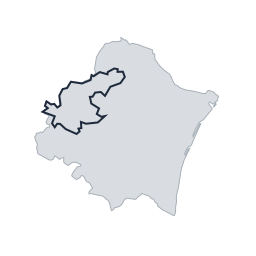 Savanes highlighted on a map of Ivory Coast, rotated 300°
{"feature_id": "CIV-3431", "entity_name": "Savanes", "entity_type": "Department", "adm_level": 1, "iso_a3": "CIV", "parent_name": "Ivory Coast", "parent_adm1": "", "projection": "albers", "projection_center": [-5.464, 9.628], "detail": "coarse", "context": "in_parent", "style": "outline", "palette": "slate", "viewbox_px": 256, "rotation_deg": 300, "n_neighbors": 0, "source": "natural_earth", "source_scale": "10m", "svg_char_len": 4032}
<svg xmlns="http://www.w3.org/2000/svg" viewBox="0 0 256 256"><g transform="rotate(300 128 128)"><path d="M64.9,58.7L65.7,58.6L67.7,58.1L69.5,56.7L71.2,54.0L73.5,51.7L76.1,51.9L76.9,51.5L77.8,51.4L78.8,52.9L79.9,54.0L80.7,54.1L81.2,56.2L85.9,57.1L87.9,57.7L89.6,59.3L90.2,59.3L90.9,59.0L91.5,58.5L91.6,57.9L90.9,56.5L91.2,55.2L92.0,54.1L93.2,54.0L95.0,53.7L97.1,53.7L98.7,53.9L99.3,52.8L98.7,49.6L98.9,47.9L99.1,46.4L99.7,45.8L102.0,47.7L104.1,48.3L105.7,48.4L106.1,48.0L105.4,46.0L105.6,45.4L106.2,45.1L107.2,44.9L109.9,44.1L110.2,44.2L110.7,47.4L110.4,48.4L111.0,50.6L111.7,52.6L111.7,53.4L111.1,54.7L110.4,55.8L110.5,56.3L111.5,57.0L113.6,57.8L115.8,58.0L116.9,56.9L118.2,55.9L119.1,55.1L119.4,53.8L120.7,52.9L124.6,51.8L128.2,51.6L129.0,51.9L130.6,53.7L132.7,54.9L135.8,54.7L138.1,55.5L140.0,56.8L141.4,59.8L142.8,62.0L143.4,65.0L145.7,66.6L147.5,67.4L149.9,69.6L152.4,70.7L155.0,70.5L156.2,71.6L158.1,72.4L160.0,72.5L161.7,69.9L163.9,68.9L169.6,66.8L171.8,65.9L174.1,65.3L179.5,65.1L184.6,65.7L187.1,66.1L188.8,65.8L190.5,67.0L192.2,69.5L193.6,70.3L195.0,71.2L196.0,73.2L197.3,75.2L198.0,76.1L199.5,78.1L200.8,78.1L202.1,77.2L202.6,76.6L202.9,77.9L202.4,80.0L202.5,81.3L203.2,81.8L202.9,83.5L201.4,86.4L201.4,88.1L202.9,88.6L204.0,90.4L204.6,93.5L205.3,94.5L205.3,95.2L206.5,102.6L207.9,110.1L207.0,111.1L205.9,111.4L205.1,111.8L204.9,112.5L205.4,113.5L205.1,114.4L203.7,115.1L200.5,117.5L200.3,118.5L199.5,120.5L198.8,121.7L197.8,124.0L196.2,130.1L195.6,135.2L195.5,136.7L194.9,137.8L194.2,139.4L190.8,143.7L189.0,147.3L189.3,148.8L189.4,150.3L188.9,151.4L189.0,154.4L189.4,156.9L190.0,159.3L192.6,166.3L193.9,170.4L194.8,173.8L195.5,176.1L196.2,177.0L196.4,177.9L200.2,178.5L200.9,179.0L201.9,183.4L201.8,185.4L201.1,186.1L201.1,187.8L200.9,189.9L200.4,190.8L198.3,190.9L196.9,191.7L195.0,191.4L194.9,190.9L193.9,190.7L191.1,189.5L191.5,185.7L190.2,185.5L189.2,186.0L187.3,190.6L186.4,191.4L172.6,189.1L169.6,187.3L166.0,186.8L159.7,187.1L154.6,187.7L153.1,188.8L166.1,188.1L167.5,188.2L168.2,188.9L151.7,190.5L145.5,191.4L143.6,191.2L142.2,189.7L135.4,189.5L134.0,190.0L133.1,191.1L135.8,190.8L140.0,190.8L141.2,191.6L127.9,192.7L118.7,194.8L114.8,196.3L101.9,201.3L94.1,203.6L92.1,204.5L88.5,206.9L83.9,208.5L78.7,211.3L75.6,211.9L74.9,211.0L74.8,206.1L74.4,199.6L74.6,197.1L75.0,194.7L75.1,192.8L76.6,192.0L77.0,191.2L77.3,188.7L78.8,186.4L78.8,182.3L79.3,181.5L79.6,180.4L79.0,177.8L78.2,172.8L77.8,172.4L77.5,172.6L76.6,172.7L73.4,171.0L71.0,170.7L69.2,169.2L69.1,167.5L68.3,166.5L67.7,164.5L66.8,162.3L64.4,160.9L62.1,160.6L60.5,160.9L58.6,160.8L56.4,160.0L54.9,159.1L53.5,157.5L52.1,156.2L51.1,156.3L49.8,156.0L48.5,155.4L48.1,155.0L53.5,149.8L55.3,147.3L55.5,145.7L55.5,144.2L56.1,142.6L56.3,140.1L53.4,131.2L52.7,128.4L51.9,127.6L51.4,127.3L52.9,126.2L55.0,126.5L58.1,127.4L58.8,126.5L61.2,122.0L61.1,120.4L60.9,119.2L62.3,116.1L63.4,114.9L64.0,113.7L63.9,111.9L63.0,111.2L61.9,111.4L60.6,110.9L58.6,109.9L57.6,109.0L58.0,104.9L58.2,103.7L58.9,102.9L60.0,102.8L63.1,102.7L65.6,103.1L67.8,103.4L69.0,103.4L69.9,104.6L71.2,105.9L72.3,105.9L72.7,105.0L72.4,100.9L71.7,98.8L70.0,96.8L65.7,95.0L65.6,92.5L66.1,89.9L67.0,88.9L70.3,87.2L69.7,86.3L68.7,85.4L66.6,84.4L67.1,81.2L67.2,78.4L65.5,78.7L63.7,78.8L62.2,78.0L61.0,76.2L60.8,71.5L60.8,66.0L60.6,63.6L61.1,62.3L62.6,61.2L64.3,59.6L64.9,58.7ZM193.3,191.5L192.6,192.5L189.1,191.9L189.9,191.0L193.3,191.5Z" fill="#d9dde1" stroke="#a8b0b8" stroke-width="1"/><path d="M129.1,52.0L132.2,55.3L139.5,55.4L143.5,65.8L150.9,71.6L155.6,70.0L155.6,72.3L162.3,75.6L164.2,83.4L166.4,82.5L172.6,86.3L173.8,89.6L171.4,90.9L174.2,95.4L170.6,99.7L163.1,99.0L154.9,92.1L144.3,92.0L145.6,86.5L142.2,81.8L137.4,81.7L135.9,79.4L130.8,84.0L130.5,93.1L124.5,94.0L124.4,99.3L126.8,102.0L117.7,99.1L110.7,89.5L109.7,84.2L104.6,87.6L102.7,85.4L100.8,87.8L97.1,86.4L95.9,74.6L97.6,67.1L96.2,64.5L92.0,64.2L94.0,59.9L101.5,58.7L99.3,45.9L105.1,48.6L105.6,45.0L110.3,44.1L109.9,49.6L112.0,52.1L110.4,56.5L113.9,58.2L121.7,52.3L129.1,52.0Z" fill="none" stroke="#1e293b" stroke-width="2"/></g></svg>